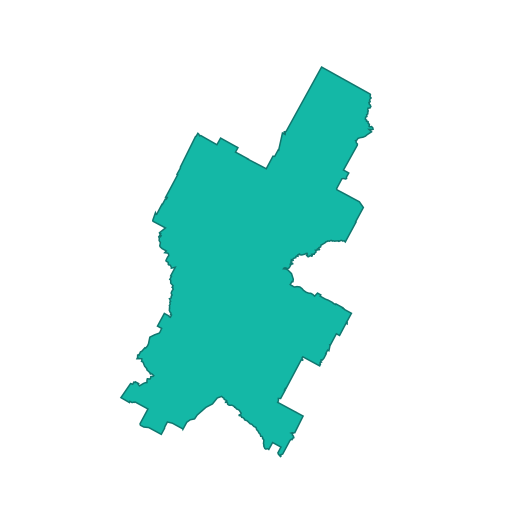 Hepburn, Victoria, Australia, rotated 110°
{"feature_id": "25037944B22879671704108", "entity_name": "Hepburn", "entity_type": "district", "adm_level": 2, "iso_a3": "AUS", "parent_name": "Australia", "parent_adm1": "Victoria", "projection": "natural_earth1", "projection_center": [144.036, -37.317], "detail": "fine", "context": "isolated", "style": "filled", "palette": "teal", "viewbox_px": 512, "rotation_deg": 110, "n_neighbors": 0, "source": "geoboundaries", "source_scale": "gbopen_adm2", "svg_char_len": 6127}
<svg xmlns="http://www.w3.org/2000/svg" viewBox="0 0 512 512"><g transform="rotate(110 256 256)"><path d="M206.3,358.2L206.4,357.4L231.7,361.0L231.3,359.4L232.7,359.6L232.6,360.0L233.5,360.1L233.5,360.7L239.6,361.6L239.5,362.0L242.0,362.4L250.9,363.6L251.0,364.2L249.7,365.3L257.8,365.2L258.6,364.7L260.6,350.7L267.2,354.7L267.7,354.3L267.7,353.2L269.0,353.5L269.3,352.1L270.6,352.3L270.4,353.7L271.2,354.0L272.3,353.0L274.6,352.3L276.1,350.4L279.4,349.9L280.3,348.9L281.2,346.7L281.9,342.0L284.1,342.9L283.5,339.9L283.8,339.1L285.6,338.1L287.2,338.7L291.0,339.1L291.7,338.5L291.8,337.0L292.1,336.3L294.0,335.5L294.2,335.0L293.9,333.8L294.1,333.2L295.5,331.7L296.4,331.4L294.2,328.0L303.9,329.4L304.0,328.5L307.5,329.0L307.6,328.2L308.1,327.8L310.6,326.9L312.3,323.8L314.0,324.1L313.9,323.5L314.7,323.3L315.4,322.4L317.1,322.9L319.3,323.1L320.3,322.8L321.3,321.5L322.9,321.9L324.3,321.3L325.8,322.7L326.3,321.9L327.3,321.4L327.7,320.7L328.8,321.2L330.7,320.1L332.1,320.5L333.5,319.6L334.6,319.6L335.0,319.1L336.5,319.0L338.1,317.6L338.6,316.6L339.5,316.1L340.3,316.2L340.4,315.2L342.9,315.5L342.7,316.8L342.2,317.1L341.3,322.5L355.6,324.6L356.3,319.9L360.3,320.2L361.6,320.6L364.7,324.3L368.6,328.0L375.3,327.0L378.0,327.3L380.3,328.3L380.2,329.0L384.7,330.8L385.6,331.8L388.1,332.0L388.8,332.5L389.2,332.2L389.6,333.3L391.8,332.6L391.4,331.7L392.1,332.6L393.2,332.7L391.6,328.2L393.2,327.5L394.1,327.6L394.4,325.8L397.6,323.0L399.3,320.0L400.3,319.6L402.2,315.1L402.8,315.2L402.9,314.6L402.3,314.5L402.5,313.0L403.4,311.1L404.4,311.6L405.3,313.6L407.1,313.3L407.9,313.6L408.5,316.1L409.9,316.0L412.3,315.2L412.8,316.5L414.2,318.1L417.9,321.1L416.6,323.2L416.0,322.8L415.5,326.3L416.3,326.4L416.2,327.6L418.7,328.0L418.7,330.2L435.3,334.5L437.0,324.8L435.7,324.8L436.1,322.3L435.3,321.2L435.2,320.3L434.5,319.8L436.7,305.2L453.2,307.6L454.2,307.1L454.6,306.6L455.1,302.9L453.9,298.1L456.0,284.0L449.1,283.0L448.0,283.3L442.3,282.5L441.7,277.4L443.5,265.7L443.9,265.4L435.9,264.2L432.4,261.8L430.1,258.0L425.6,256.9L415.2,251.2L409.9,246.3L402.6,243.8L399.7,240.3L400.3,238.9L400.6,237.5L401.6,236.8L401.9,234.4L402.2,233.8L402.6,233.7L403.6,234.7L403.9,234.6L403.6,234.2L403.6,232.9L403.9,232.4L404.7,232.2L405.1,231.7L405.4,230.3L405.2,229.4L404.5,228.0L404.5,226.6L405.1,224.2L405.5,224.2L405.5,223.4L406.4,221.9L406.4,220.2L406.7,219.0L408.8,216.2L409.7,216.2L411.3,217.5L411.7,217.2L411.4,215.2L412.5,214.3L412.3,213.3L412.6,212.2L412.9,211.3L413.6,211.0L413.9,210.5L413.9,207.9L415.7,204.0L415.5,202.5L416.9,199.7L417.1,197.4L419.1,195.9L419.5,194.7L421.5,192.4L421.9,191.2L423.8,189.9L423.5,188.7L424.1,187.8L425.4,187.3L425.4,186.9L426.2,185.7L429.8,184.8L431.0,183.8L431.8,183.8L433.8,181.9L434.1,180.8L433.0,179.0L433.4,177.8L425.6,176.6L427.0,167.2L433.5,168.1L433.6,167.8L434.5,167.3L436.1,164.4L435.6,164.1L434.5,164.9L433.0,163.2L417.8,161.0L416.6,160.5L416.2,159.3L415.5,159.5L415.3,159.1L414.6,159.1L413.8,158.3L412.4,159.3L411.8,160.6L410.4,160.9L410.3,162.3L409.6,161.4L409.5,160.1L408.7,159.4L408.7,159.1L390.3,157.0L386.1,185.6L384.5,185.4L382.2,186.3L381.5,184.1L372.0,182.7L372.1,183.4L370.2,183.1L370.2,182.5L338.2,178.0L338.0,176.5L337.6,176.5L336.6,177.7L335.9,177.9L334.7,177.5L337.5,158.6L336.5,158.5L336.4,158.8L335.9,158.4L334.7,159.3L333.5,158.4L333.5,159.1L332.3,158.9L331.4,159.3L330.9,158.4L331.0,158.0L328.7,157.2L323.9,156.6L323.8,157.1L319.9,156.5L320.1,155.1L315.0,155.8L314.4,156.2L314.4,155.7L301.6,153.9L302.1,150.3L288.4,148.4L288.6,147.2L287.5,147.6L287.6,148.1L287.1,148.3L286.9,147.8L286.4,148.1L277.2,146.7L276.0,154.6L275.6,154.9L275.4,156.7L274.9,156.6L273.7,164.5L274.4,164.6L274.1,167.2L273.6,167.8L272.8,173.2L272.8,175.9L271.8,182.0L270.4,181.8L269.8,185.5L273.7,187.2L272.7,189.5L272.3,191.7L272.9,193.6L272.9,196.5L272.0,199.7L270.9,201.6L270.1,204.2L270.7,207.0L272.0,209.2L271.9,210.9L271.6,211.4L271.6,212.4L271.1,214.1L267.7,213.4L267.8,212.8L267.5,212.5L265.1,213.0L260.4,216.6L258.1,221.6L258.1,223.9L258.6,225.8L257.7,225.5L257.1,224.7L257.0,223.1L257.4,222.3L255.8,220.8L252.8,220.3L252.4,220.4L252.2,221.0L251.7,221.0L251.6,219.9L250.8,218.8L250.4,219.0L250.0,221.0L248.4,221.3L248.6,220.8L248.2,219.9L248.3,220.8L247.3,221.3L247.2,219.8L246.7,220.2L245.9,220.1L245.3,219.8L243.9,218.0L243.1,218.4L242.2,218.0L241.9,216.5L240.6,217.1L240.1,216.3L239.3,216.1L239.2,215.7L239.8,215.0L239.4,213.4L237.4,210.5L236.5,209.9L236.0,208.9L236.7,208.3L238.0,208.8L238.3,208.5L238.1,207.8L238.9,207.1L238.7,206.3L237.5,205.5L237.0,204.6L237.2,203.7L236.9,203.3L236.2,203.3L235.4,204.2L234.4,201.9L233.8,202.1L232.0,201.0L230.9,201.3L230.3,202.1L229.6,200.6L228.7,200.8L228.2,200.5L228.8,199.4L228.5,198.7L228.1,198.6L227.4,199.5L226.7,199.8L225.4,198.4L223.3,198.6L222.9,198.0L219.5,195.3L218.9,195.3L217.8,193.9L217.3,193.7L217.0,192.1L215.6,190.8L215.9,189.4L215.3,188.9L215.3,187.5L213.8,184.3L214.0,183.7L213.5,183.4L213.7,182.9L212.2,181.4L212.1,180.3L212.3,179.5L211.5,178.4L212.3,176.9L189.9,173.6L189.8,174.1L173.7,171.7L169.7,177.4L166.1,202.6L165.1,203.3L154.0,201.7L153.2,200.1L153.0,198.1L152.2,197.4L151.0,198.0L146.3,197.2L145.3,203.2L117.3,198.7L116.1,199.0L115.3,200.5L114.5,201.1L113.9,201.1L113.5,201.8L112.7,200.9L110.6,200.4L109.2,198.6L107.8,196.1L105.9,194.1L104.2,193.2L99.8,189.9L98.4,193.0L97.8,190.7L96.9,189.3L95.6,190.1L94.8,191.7L95.6,193.1L95.6,194.0L93.4,194.5L93.1,195.9L91.4,196.6L91.6,198.2L90.6,198.4L90.1,200.0L88.0,200.5L87.0,199.5L85.3,200.4L84.3,199.6L82.5,200.1L82.4,200.4L81.3,200.1L80.3,201.1L78.8,201.3L78.4,200.4L77.9,199.9L77.9,199.5L76.2,199.2L75.7,199.9L75.1,200.1L74.6,201.5L73.5,201.9L73.4,202.4L72.9,202.4L72.1,201.5L71.5,201.7L70.8,202.6L69.7,202.6L68.2,201.9L67.8,202.2L67.6,203.0L66.7,203.5L65.3,203.6L64.8,204.1L56.0,259.0L128.7,270.3L129.4,271.6L129.9,272.0L130.4,271.5L129.6,271.2L129.7,270.8L131.8,270.2L131.4,273.2L148.8,270.9L148.7,271.4L156.0,272.5L156.4,274.2L170.5,276.2L167.8,296.9L167.5,296.7L165.4,310.8L160.4,310.0L157.3,329.6L164.8,330.8L161.7,349.1L162.4,350.0L161.1,351.4L160.6,352.6L164.0,353.2L164.4,353.7L198.3,357.5L199.2,357.1L206.3,358.2Z" fill="#14b8a6" stroke="#0f766e" stroke-width="1.5"/></g></svg>